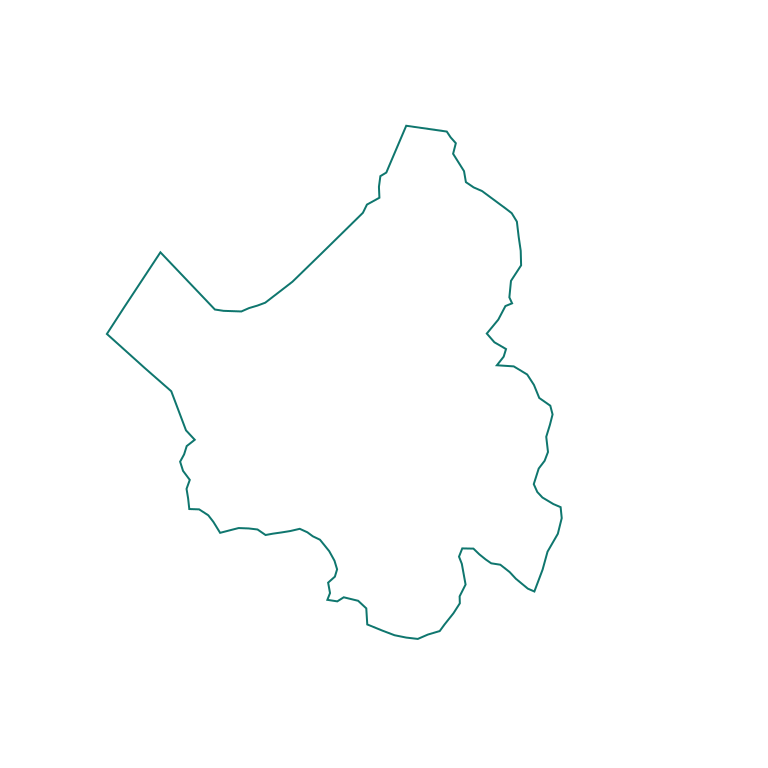 Uiraúna, Paraíba, Brazil (Mercator projection), rotated 44°
{"feature_id": "56859067B88987691440137", "entity_name": "Uiraúna", "entity_type": "district", "adm_level": 2, "iso_a3": "BRA", "parent_name": "Brazil", "parent_adm1": "Paraíba", "projection": "mercator", "projection_center": [-38.374, -6.502], "detail": "fine", "context": "isolated", "style": "outline", "palette": "teal", "viewbox_px": 768, "rotation_deg": 44, "n_neighbors": 0, "source": "geoboundaries", "source_scale": "gbopen_adm2", "svg_char_len": 1689}
<svg xmlns="http://www.w3.org/2000/svg" viewBox="0 0 768 768"><g transform="rotate(44 384 384)"><path d="M253.8,158.8L220.6,182.8L236.4,224.1L238.8,230.3L237.0,237.0L243.4,245.7L251.3,253.2L247.1,266.8L249.9,275.5L248.4,331.9L247.1,374.0L242.1,408.0L238.5,415.5L234.2,423.1L231.0,430.9L217.8,442.8L210.6,447.9L131.7,444.6L143.8,509.3L149.9,540.5L201.0,538.7L236.0,537.0L273.8,554.9L286.6,555.6L285.2,565.7L289.1,573.5L291.3,581.5L299.8,586.1L310.9,587.9L314.8,596.6L322.6,602.4L330.8,609.2L338.1,602.6L348.8,600.5L357.0,601.7L369.5,604.9L376.1,594.1L379.5,588.6L387.0,581.9L394.1,576.5L403.7,574.9L408.0,568.9L413.3,562.1L418.7,554.9L424.0,546.7L431.9,543.9L438.6,543.0L446.1,540.5L460.7,542.3L471.1,545.5L479.0,549.9L482.5,556.7L481.8,565.7L490.4,571.9L493.2,578.6L501.4,572.8L503.2,565.4L516.0,557.9L527.1,557.7L539.0,568.6L554.2,562.5L566.1,557.4L576.1,551.0L585.4,543.9L589.6,533.8L595.7,523.0L594.6,515.0L593.2,500.6L590.9,489.1L585.9,484.2L582.0,471.6L564.9,459.3L557.9,456.1L554.5,447.9L562.7,440.3L570.9,440.3L578.9,439.6L585.7,438.5L593.2,433.2L605.0,432.0L614.2,432.5L629.6,431.3L636.3,428.8L627.0,407.3L618.1,391.0L613.1,371.0L605.0,357.0L596.6,349.9L589.3,352.7L576.8,355.6L569.3,355.2L561.3,352.0L554.0,337.3L552.9,327.7L549.2,319.0L537.4,309.3L531.7,298.1L526.4,288.8L518.7,284.1L505.4,286.2L492.5,280.5L480.4,277.7L465.1,281.2L452.2,292.1L451.1,281.2L447.5,274.1L434.4,277.3L422.9,276.3L421.5,258.3L417.2,243.6L420.1,237.0L414.0,234.6L403.7,221.6L400.2,203.4L389.8,193.2L378.8,184.7L366.8,174.9L357.2,172.4L350.1,173.2L320.5,177.1L311.9,180.3L302.7,181.9L293.7,175.3L273.8,170.4L268.4,160.9L260.6,160.3L253.8,158.8Z" fill="none" stroke="#0f766e" stroke-width="2"/></g></svg>